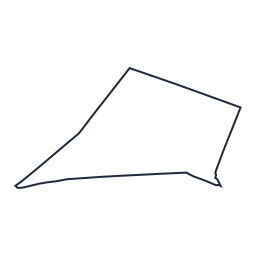 Teixeirópolis, Rondônia, Brazil (Mercator projection)
{"feature_id": "56859067B79594845024036", "entity_name": "Teixeirópolis", "entity_type": "district", "adm_level": 2, "iso_a3": "BRA", "parent_name": "Brazil", "parent_adm1": "Rondônia", "projection": "mercator", "projection_center": [-62.287, -10.933], "detail": "fine", "context": "isolated", "style": "outline", "palette": "slate", "viewbox_px": 256, "rotation_deg": 0, "n_neighbors": 0, "source": "geoboundaries", "source_scale": "gbopen_adm2", "svg_char_len": 694}
<svg xmlns="http://www.w3.org/2000/svg" viewBox="0 0 256 256"><path d="M240.6,107.5L178.1,84.9L129.6,68.1L114.4,87.6L101.5,104.1L100.2,105.7L91.1,117.4L86.8,123.1L85.6,124.7L82.8,128.4L78.7,133.5L72.8,138.5L68.0,142.5L39.9,166.3L30.1,174.4L21.0,181.8L15.4,185.8L17.5,187.8L20.1,187.9L23.8,187.4L39.1,183.7L47.5,182.3L55.3,181.4L67.4,179.2L103.4,176.7L157.9,173.9L169.0,173.4L186.7,172.6L188.1,173.6L193.4,176.3L195.2,177.1L197.2,177.7L204.0,180.2L207.7,181.7L213.0,183.9L214.9,184.8L216.8,185.2L218.6,184.9L220.6,185.9L218.4,181.4L217.0,178.9L215.3,178.0L216.1,174.7L215.3,172.9L216.0,170.5L223.5,150.4L231.7,129.8L239.6,109.9L240.6,107.5Z" fill="none" stroke="#1e293b" stroke-width="2"/></svg>